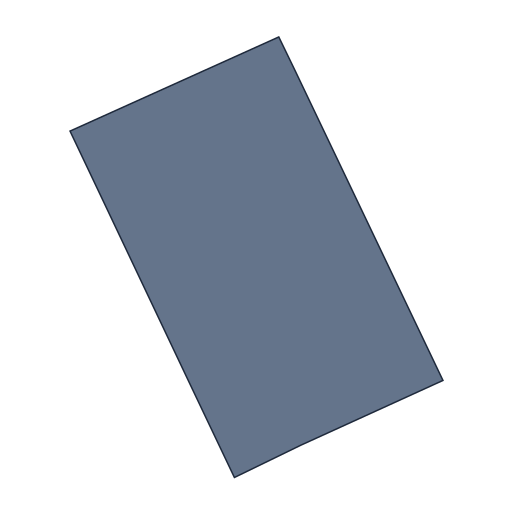 the district of Warren, Illinois, United States of America, rotated 154°
{"feature_id": "52423323B212950030214", "entity_name": "Warren", "entity_type": "district", "adm_level": 2, "iso_a3": "USA", "parent_name": "United States of America", "parent_adm1": "Illinois", "projection": "mercator", "projection_center": [-90.608, 40.848], "detail": "fine", "context": "isolated", "style": "filled", "palette": "slate", "viewbox_px": 512, "rotation_deg": 154, "n_neighbors": 0, "source": "geoboundaries", "source_scale": "gbopen_adm2", "svg_char_len": 275}
<svg xmlns="http://www.w3.org/2000/svg" viewBox="0 0 512 512"><g transform="rotate(154 256 256)"><path d="M142.5,62.2L139.6,405.0L139.5,442.9L368.4,449.8L369.2,373.5L371.5,168.9L372.5,66.4L298.6,66.3L142.5,62.2Z" fill="#64748b" stroke="#1e293b" stroke-width="1.5"/></g></svg>